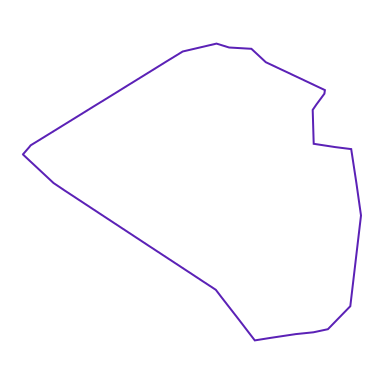 Santa María Nativitas, Oaxaca, Mexico
{"feature_id": "50627088B15578912819987", "entity_name": "Santa María Nativitas", "entity_type": "district", "adm_level": 2, "iso_a3": "MEX", "parent_name": "Mexico", "parent_adm1": "Oaxaca", "projection": "albers", "projection_center": [-97.338, 17.644], "detail": "fine", "context": "isolated", "style": "outline", "palette": "violet", "viewbox_px": 384, "rotation_deg": 0, "n_neighbors": 0, "source": "geoboundaries", "source_scale": "gbopen_adm2", "svg_char_len": 597}
<svg xmlns="http://www.w3.org/2000/svg" viewBox="0 0 384 384"><path d="M23.0,154.3L23.2,154.7L29.7,160.8L53.5,183.0L64.8,190.6L148.6,245.7L184.9,269.5L202.2,280.9L215.8,289.8L221.6,297.4L238.7,319.4L254.8,340.4L270.4,337.9L295.8,334.1L313.4,332.3L327.9,329.2L350.3,306.2L361.0,215.5L356.4,183.1L351.2,149.1L335.3,147.1L313.7,143.8L312.7,109.9L316.4,104.5L324.4,93.7L324.9,90.1L265.8,62.2L251.4,48.8L229.1,47.5L216.5,43.6L182.7,51.5L166.7,61.3L157.2,67.2L127.6,85.5L111.0,95.8L93.4,106.6L63.0,125.4L48.1,134.6L30.7,145.3L29.1,147.3L23.0,154.3Z" fill="none" stroke="#5b21b6" stroke-width="2"/></svg>